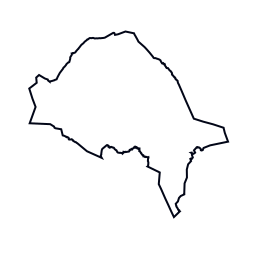 the district of Rennebu nor, Sør-Trøndelag, Norway, rotated 349°
{"feature_id": "86288312B5203152162858", "entity_name": "Rennebu nor", "entity_type": "district", "adm_level": 2, "iso_a3": "NOR", "parent_name": "Norway", "parent_adm1": "Sør-Trøndelag", "projection": "orthographic", "projection_center": [9.897, 62.766], "detail": "fine", "context": "isolated", "style": "outline", "palette": "ink", "viewbox_px": 256, "rotation_deg": 349, "n_neighbors": 0, "source": "geoboundaries", "source_scale": "gbopen_adm2", "svg_char_len": 5517}
<svg xmlns="http://www.w3.org/2000/svg" viewBox="0 0 256 256"><g transform="rotate(349 128 128)"><path d="M223.6,160.5L222.1,151.2L221.9,146.9L221.9,146.0L212.2,140.6L203.0,136.1L194.4,131.4L189.9,112.0L187.5,100.8L186.4,96.0L186.4,95.7L186.3,95.4L185.7,93.4L185.6,92.1L185.7,91.4L185.7,91.2L185.3,90.8L185.0,90.1L184.7,89.8L184.2,89.5L183.9,88.6L184.1,88.3L183.9,87.8L183.7,87.7L183.4,87.3L183.4,86.8L182.8,86.4L182.8,86.2L182.6,85.7L182.3,85.2L182.2,85.2L181.8,84.8L181.6,84.3L181.7,84.2L181.4,83.7L181.5,83.4L181.5,83.1L181.7,82.7L181.5,82.2L181.5,81.8L181.1,81.4L181.0,80.9L180.7,80.2L180.4,80.0L179.9,79.5L179.7,78.9L179.5,78.7L179.0,77.5L178.6,76.8L177.8,76.7L177.4,76.5L177.1,76.0L177.2,75.9L177.0,75.3L176.3,74.0L176.2,73.3L175.8,72.8L175.9,72.7L176.2,72.5L176.1,72.3L176.1,72.2L175.7,72.2L175.0,71.1L174.4,71.4L174.2,71.2L173.8,71.1L173.6,70.7L173.6,70.2L173.4,70.0L173.0,69.1L172.9,68.7L172.9,68.2L172.8,67.8L171.9,66.8L170.7,66.1L170.4,65.8L169.6,65.5L168.7,64.9L168.5,64.7L167.0,64.4L166.5,64.0L166.1,62.9L163.6,58.2L161.2,54.1L159.7,51.7L154.7,45.2L154.2,43.3L152.9,39.3L152.2,37.4L152.0,36.2L143.9,32.8L136.1,34.1L133.0,34.1L132.8,32.5L132.7,32.4L132.6,32.1L132.3,31.9L131.6,31.8L122.5,34.9L121.0,34.9L117.8,34.6L117.4,34.4L115.0,34.2L114.4,34.0L112.7,33.8L112.0,33.6L111.6,33.2L110.9,32.9L109.9,32.8L109.6,32.9L107.7,32.4L106.6,32.8L106.3,32.9L106.1,33.1L105.5,33.4L105.0,33.3L104.6,33.5L104.4,33.8L102.0,35.0L100.2,36.4L99.3,36.8L97.8,37.7L95.8,39.5L94.9,40.2L94.3,40.9L93.9,41.0L92.4,42.2L92.0,42.4L91.7,42.8L90.7,43.7L90.2,43.9L89.6,44.0L88.2,43.9L88.2,44.2L87.8,44.2L87.9,44.3L87.5,44.4L87.4,44.3L87.0,44.8L86.6,45.6L86.4,45.9L85.4,46.9L85.0,47.3L84.7,47.9L84.5,49.0L83.0,52.0L82.7,52.2L82.0,52.2L81.8,52.4L81.3,52.6L79.7,53.6L79.1,54.4L77.5,55.7L76.1,56.5L75.8,57.1L75.4,57.5L71.6,60.9L68.8,64.3L67.2,66.6L65.0,66.9L64.9,67.1L61.4,67.4L60.1,67.3L60.0,67.7L58.6,66.1L58.5,65.1L55.9,63.6L50.8,59.0L47.5,61.0L47.0,66.2L38.6,70.4L39.8,80.9L41.3,89.7L32.4,104.6L52.4,109.4L55.7,112.5L55.9,113.7L56.7,114.4L62.2,116.5L62.5,122.8L64.1,123.6L65.2,124.5L65.8,125.2L66.2,125.0L67.7,126.1L68.0,126.9L68.0,127.1L67.8,127.0L67.7,127.1L67.8,127.4L67.7,127.7L67.8,127.9L68.0,127.9L68.5,128.2L69.1,128.2L70.1,128.4L70.6,128.3L70.9,128.7L71.1,128.8L71.3,129.0L71.3,129.3L71.5,129.8L71.8,129.9L71.8,130.1L71.9,130.4L72.1,130.6L72.8,131.0L73.4,131.7L73.6,131.7L74.3,132.1L74.7,132.8L75.2,133.1L83.3,143.0L96.5,152.3L96.2,151.4L96.0,150.0L96.3,149.4L96.7,149.0L96.9,148.0L98.0,144.8L98.8,143.6L103.9,140.8L104.3,140.8L104.5,141.0L104.8,141.1L104.9,141.4L105.3,141.6L105.4,141.9L105.5,142.0L105.4,142.1L105.6,142.4L105.6,142.5L105.4,142.7L105.5,142.8L105.4,142.9L105.5,143.0L106.1,143.8L106.6,143.8L107.0,143.7L107.3,143.3L107.9,143.3L108.9,143.9L109.0,144.2L110.1,144.5L110.5,145.0L110.6,145.3L110.6,145.6L110.8,145.9L111.0,146.4L111.7,147.0L111.8,147.3L112.3,147.6L112.3,147.9L112.5,148.1L112.6,148.4L112.8,149.0L112.8,149.4L113.4,150.2L115.0,150.8L115.6,150.8L115.9,151.0L116.9,151.3L117.2,151.6L118.0,151.4L117.7,151.8L117.8,152.0L118.3,151.4L118.8,151.5L119.0,151.3L119.1,151.2L118.9,150.7L119.0,150.5L119.6,150.8L120.2,150.9L120.6,151.1L121.1,150.9L121.6,151.2L122.9,151.2L123.4,151.3L124.7,151.2L125.0,150.8L125.2,150.1L125.5,149.8L125.8,149.8L126.1,150.0L126.3,149.9L126.4,149.6L127.1,149.4L127.4,149.6L127.5,149.9L127.8,150.0L127.9,149.9L128.1,149.5L128.2,149.1L129.0,149.1L130.1,148.7L130.0,148.3L130.1,148.2L130.8,148.4L131.1,147.8L131.4,147.6L131.8,147.8L132.0,148.1L132.3,148.2L132.5,148.4L132.6,148.7L132.3,148.7L132.3,148.9L132.3,149.0L132.6,149.0L133.0,148.7L133.4,149.2L133.2,149.5L133.2,149.8L133.4,149.9L133.6,149.5L133.8,149.6L133.9,150.1L134.0,150.2L134.3,149.9L134.6,150.0L134.5,150.3L134.2,150.5L134.3,150.7L134.5,150.4L134.7,150.6L134.6,150.9L134.7,151.0L135.0,150.5L135.3,150.5L135.1,151.4L135.1,151.7L135.0,152.5L134.8,152.9L135.2,153.1L135.5,153.7L135.6,154.3L136.0,154.8L136.0,155.1L136.0,155.3L136.4,155.6L136.4,156.1L136.7,156.7L136.9,157.1L137.1,157.3L137.4,157.8L137.6,157.5L137.8,157.6L137.8,158.3L137.7,158.7L137.7,158.8L138.7,159.0L138.8,159.1L139.0,159.5L139.4,159.4L139.8,159.9L140.2,160.0L140.9,159.9L141.6,160.5L142.2,160.7L142.5,160.6L142.5,160.8L142.3,161.1L142.2,161.5L141.8,162.1L141.6,162.6L141.5,163.4L141.3,163.8L141.2,164.3L141.4,165.0L141.4,165.9L141.2,166.2L141.2,166.8L140.9,167.8L140.7,168.1L140.7,168.4L140.4,169.2L139.8,169.5L150.7,177.7L147.5,189.0L148.8,194.0L151.2,204.6L152.9,211.4L154.5,218.1L156.1,224.2L163.0,219.7L162.4,219.1L162.2,219.0L162.2,218.9L162.1,218.6L162.3,218.6L162.1,218.3L162.2,218.2L161.7,217.8L161.6,217.4L161.6,217.1L161.4,216.6L161.3,216.1L161.1,215.6L160.9,215.4L160.7,214.9L160.7,214.6L160.7,214.0L160.5,213.9L160.4,211.5L163.0,209.6L164.7,206.4L166.8,204.8L170.5,203.9L170.4,203.3L170.6,203.0L170.8,202.9L170.9,202.6L170.9,202.2L173.0,193.1L176.4,187.9L177.8,180.0L180.1,175.1L183.2,172.8L183.6,172.5L183.4,171.4L183.4,171.1L183.3,170.2L183.7,170.1L183.8,170.8L184.4,170.7L184.4,170.0L184.9,170.0L185.5,169.8L186.0,169.3L185.6,166.8L185.8,166.3L185.8,165.9L185.7,165.6L185.6,164.9L185.6,164.7L185.2,164.3L185.9,164.3L186.1,165.2L186.3,165.5L186.4,166.0L188.0,165.6L189.2,165.0L188.5,162.5L190.8,160.8L191.4,160.5L191.5,160.2L192.1,159.9L192.7,160.0L193.0,160.6L193.6,160.5L194.1,160.7L194.8,161.5L195.4,162.5L195.5,162.9L195.3,163.2L195.3,163.3L195.5,163.6L195.4,163.8L195.9,164.1L196.4,164.1L197.3,163.8L197.4,163.4L198.0,162.6L198.1,162.4L198.4,162.0L205.3,160.7L223.6,160.5Z" fill="none" stroke="#020617" stroke-width="2"/></g></svg>